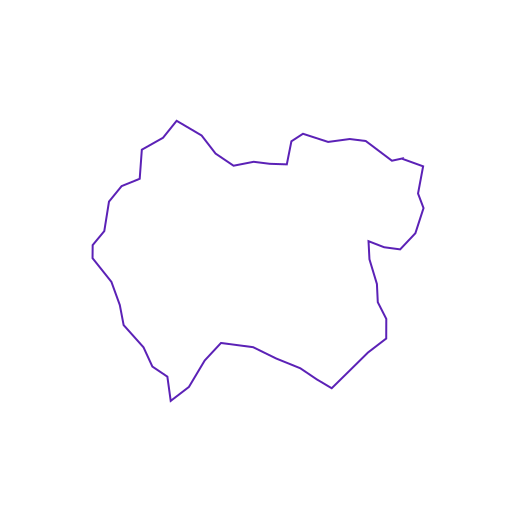 outline of Gnosjö, Jönköping, Sweden, rotated 304°
{"feature_id": "70781695B2934686109995", "entity_name": "Gnosjö", "entity_type": "district", "adm_level": 2, "iso_a3": "SWE", "parent_name": "Sweden", "parent_adm1": "Jönköping", "projection": "orthographic", "projection_center": [13.855, 57.379], "detail": "fine", "context": "isolated", "style": "outline", "palette": "violet", "viewbox_px": 512, "rotation_deg": 304, "n_neighbors": 0, "source": "geoboundaries", "source_scale": "gbopen_adm2", "svg_char_len": 801}
<svg xmlns="http://www.w3.org/2000/svg" viewBox="0 0 512 512"><g transform="rotate(304 256 256)"><path d="M418.5,322.6L411.0,315.4L412.7,282.7L405.4,268.3L390.9,252.0L383.6,226.6L370.9,221.2L349.2,230.3L340.1,215.8L332.8,201.4L318.3,186.9L318.3,165.2L325.5,143.5L323.7,114.6L302.0,112.8L280.3,101.9L255.0,116.4L238.8,105.5L218.9,103.7L191.8,116.3L173.7,114.5L162.8,121.7L153.7,150.6L139.2,170.5L124.7,184.9L117.4,213.8L106.4,231.9L106.4,250.0L88.2,266.3L109.9,273.6L140.7,271.9L164.3,275.6L178.8,304.6L182.3,330.0L187.7,355.5L187.7,375.5L188.7,392.7L211.3,397.3L238.6,402.8L260.4,410.1L276.7,399.2L285.8,382.8L300.4,371.9L316.7,351.9L331.2,341.0L334.9,357.3L342.1,371.8L364.0,375.4L389.4,368.1L398.4,355.4L423.8,344.4L418.3,322.6L418.5,322.6Z" fill="none" stroke="#5b21b6" stroke-width="2"/></g></svg>